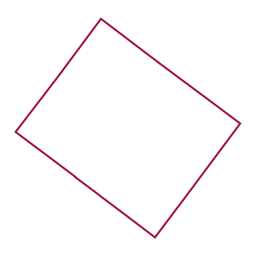 Butler, Kansas, United States of America (Albers equal-area conic projection), rotated 307°
{"feature_id": "52423323B56530624161851", "entity_name": "Butler", "entity_type": "district", "adm_level": 2, "iso_a3": "USA", "parent_name": "United States of America", "parent_adm1": "Kansas", "projection": "albers", "projection_center": [-96.999, 37.782], "detail": "fine", "context": "isolated", "style": "outline", "palette": "rose", "viewbox_px": 256, "rotation_deg": 307, "n_neighbors": 0, "source": "geoboundaries", "source_scale": "gbopen_adm2", "svg_char_len": 440}
<svg xmlns="http://www.w3.org/2000/svg" viewBox="0 0 256 256"><g transform="rotate(307 128 128)"><path d="M198.9,40.7L127.4,41.2L57.2,40.6L57.2,65.5L57.3,75.2L57.3,75.6L57.3,78.0L57.3,90.5L57.3,115.6L57.0,115.6L57.1,140.5L57.1,144.7L57.0,148.8L57.0,157.2L57.0,165.5L57.0,190.4L56.9,202.9L56.9,215.4L81.7,215.4L106.0,215.4L106.3,215.4L199.1,214.9L199.0,177.6L198.6,115.3L198.9,40.7Z" fill="none" stroke="#9f1239" stroke-width="2"/></g></svg>